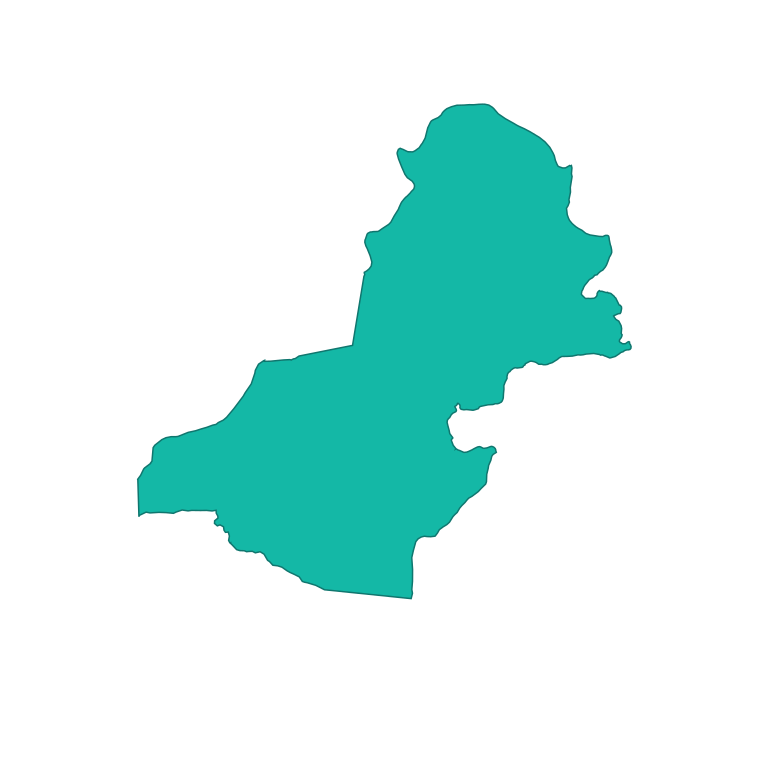 the district of Marigot, Anse-la-Raye, Saint Lucia, rotated 146°
{"feature_id": "8701671B85402755836861", "entity_name": "Marigot", "entity_type": "district", "adm_level": 2, "iso_a3": "LCA", "parent_name": "Saint Lucia", "parent_adm1": "Anse-la-Raye", "projection": "robinson", "projection_center": [-61.025, 13.962], "detail": "fine", "context": "isolated", "style": "filled", "palette": "teal", "viewbox_px": 768, "rotation_deg": 146, "n_neighbors": 0, "source": "geoboundaries", "source_scale": "gbopen_adm2", "svg_char_len": 6159}
<svg xmlns="http://www.w3.org/2000/svg" viewBox="0 0 768 768"><g transform="rotate(146 384 384)"><path d="M469.8,470.4L470.8,470.6L476.9,470.6L483.0,467.3L485.0,465.2L494.0,458.3L503.9,454.4L507.5,452.6L522.3,447.5L533.1,444.4L537.4,443.9L543.0,444.7L545.7,444.4L549.1,445.7L555.2,447.2L560.8,449.0L566.4,450.6L573.4,453.4L584.0,455.7L586.2,456.8L589.8,459.3L594.8,461.4L599.3,462.1L608.3,461.4L611.0,460.3L619.5,449.8L621.8,449.0L621.9,448.7L629.3,448.3L630.8,447.9L636.8,444.4L641.3,442.8L641.6,442.6L641.6,442.3L661.4,411.0L660.4,411.9L652.9,410.8L650.1,408.0L642.3,403.4L636.4,399.1L630.8,394.5L628.0,394.1L621.8,392.4L617.4,388.4L614.0,386.7L606.8,381.7L601.9,378.5L597.5,374.9L593.8,373.2L595.3,370.7L595.6,367.5L596.6,365.7L600.9,365.3L602.5,363.2L601.5,359.6L598.7,358.9L596.9,355.4L598.4,352.2L598.4,349.7L595.9,348.3L597.2,344.4L600.3,341.2L600.6,338.7L600.4,337.8L600.0,337.9L600.2,337.5L598.8,329.1L596.7,326.5L593.1,323.9L591.7,321.8L589.6,320.7L586.7,318.9L585.1,316.0L580.5,314.2L578.6,310.0L579.1,302.9L578.2,300.8L577.5,295.9L573.8,292.7L571.1,289.3L568.8,283.3L567.2,280.2L565.4,277.3L562.1,271.5L562.1,266.0L560.8,264.2L558.7,262.1L553.2,255.3L548.4,246.7L481.5,190.9L477.4,194.6L475.9,198.0L470.7,204.5L464.0,214.3L458.1,224.5L452.7,229.6L445.8,235.5L442.1,236.6L438.6,236.3L435.6,235.2L433.7,233.5L430.7,231.3L427.2,229.5L426.6,229.3L422.9,230.6L419.5,232.3L414.8,232.5L410.6,232.3L407.0,232.8L401.0,235.5L398.5,236.1L395.2,236.6L390.6,238.8L387.4,239.7L383.1,240.5L380.2,241.4L377.7,242.0L373.8,241.7L365.9,242.1L362.2,243.0L355.7,244.2L353.7,245.7L349.3,251.7L344.7,255.9L342.8,258.0L338.1,261.0L335.1,263.8L333.0,264.6L329.1,264.5L328.7,266.0L328.1,267.2L327.9,268.4L328.2,270.0L328.9,271.3L329.9,272.3L331.2,272.7L333.0,273.1L334.5,273.5L337.0,274.7L337.9,275.5L338.7,277.2L339.4,278.2L340.0,278.8L341.7,279.5L345.2,280.0L348.0,280.2L351.6,280.8L353.6,281.3L356.0,282.6L358.5,286.6L359.6,288.0L360.5,290.1L360.9,290.1L360.6,290.3L360.6,290.8L360.9,294.4L359.7,299.6L359.0,300.3L357.5,300.6L357.1,300.8L357.0,301.6L357.1,302.6L357.2,306.2L355.9,309.2L354.3,313.9L353.1,317.0L351.6,318.6L349.8,319.3L348.4,319.4L345.4,320.9L343.2,321.3L340.0,320.9L339.2,321.2L338.8,321.5L338.4,322.3L338.2,323.3L338.1,324.9L337.8,325.8L336.0,325.7L334.5,326.3L333.9,326.8L333.4,326.6L332.9,324.9L332.9,324.3L333.2,323.3L334.3,321.9L334.4,320.6L334.1,319.8L332.3,318.0L329.9,316.7L324.9,312.5L323.4,311.9L319.6,310.8L318.1,311.5L317.3,311.6L316.1,311.3L309.4,308.6L305.2,306.1L303.9,305.7L303.2,305.7L300.8,304.1L299.5,303.7L296.9,303.4L295.6,303.8L294.2,304.7L292.9,305.8L290.4,309.1L287.5,312.6L285.6,315.6L282.4,317.9L278.9,319.8L277.9,321.4L275.7,323.4L273.9,324.0L272.7,323.9L270.9,324.5L268.4,324.6L266.3,324.3L264.7,322.8L260.3,320.6L259.8,320.5L259.2,320.5L258.3,321.0L257.7,321.1L256.4,321.0L255.5,321.8L250.3,321.2L248.9,320.4L246.9,318.3L245.8,316.7L244.7,313.9L243.2,312.8L242.6,312.6L241.0,310.8L239.4,309.7L237.2,308.7L236.2,308.7L232.5,307.6L226.5,307.4L224.0,307.7L221.2,307.4L216.9,304.6L212.2,301.8L206.9,299.7L205.0,298.2L202.6,296.9L199.7,295.8L193.0,292.0L188.8,287.9L188.4,286.9L188.0,286.6L187.2,286.4L186.5,285.7L186.0,285.0L185.5,284.0L184.9,283.4L182.3,279.4L181.5,279.0L176.8,277.5L171.7,277.5L170.1,277.7L167.5,277.0L165.9,277.2L163.6,276.5L162.4,275.7L160.8,275.1L159.4,275.5L158.2,276.9L157.7,278.9L157.8,280.3L157.0,281.4L157.3,282.2L158.3,282.5L161.2,282.4L162.7,283.2L163.9,284.2L164.4,285.6L164.9,286.3L165.0,287.8L164.0,288.9L161.6,289.7L160.3,290.5L159.1,291.6L159.1,293.2L156.0,297.1L154.8,299.8L154.2,304.8L155.6,307.8L155.7,310.0L155.6,312.0L154.8,312.1L154.3,311.9L151.1,311.4L150.4,311.2L148.8,310.4L147.5,311.0L145.4,313.1L144.9,313.6L144.0,315.1L144.1,317.1L144.8,317.7L144.8,318.6L143.8,325.7L144.2,326.8L144.1,327.9L145.3,332.2L146.4,333.5L147.2,334.0L147.3,334.9L148.8,335.7L151.5,339.1L152.8,339.8L153.2,341.0L153.8,341.0L155.5,340.6L157.0,339.6L157.2,339.1L158.2,338.1L159.9,337.6L161.1,337.5L162.0,337.7L165.3,339.6L166.8,340.8L169.1,342.2L169.4,343.2L170.1,346.7L170.2,348.1L168.0,350.4L166.6,351.0L164.3,352.6L162.5,353.5L158.2,354.8L155.9,355.6L154.2,355.7L152.1,355.5L149.9,355.8L148.8,356.4L146.1,355.4L144.6,355.9L142.5,356.2L141.4,356.3L138.8,356.1L135.2,357.2L132.9,358.3L129.4,360.7L125.9,363.3L124.6,363.8L122.6,365.0L121.5,365.9L120.3,367.9L119.0,371.0L118.5,372.9L117.7,374.9L116.4,378.0L115.8,379.0L115.1,380.8L115.2,381.5L115.8,382.4L117.4,383.4L120.2,383.9L123.1,386.1L129.9,392.4L132.5,396.1L133.9,400.7L135.8,404.2L137.1,407.3L138.3,411.8L138.7,416.0L138.3,418.5L137.4,421.9L134.4,427.7L131.9,428.8L128.6,431.1L127.6,433.4L122.1,438.8L119.6,442.8L112.1,450.8L111.1,453.4L107.4,458.0L106.6,460.0L106.9,459.9L107.8,461.3L112.8,461.7L113.8,462.4L115.1,463.2L116.5,465.1L117.2,465.9L117.9,467.3L117.7,469.4L116.9,473.5L115.2,478.0L114.7,480.8L114.2,487.4L115.1,494.6L117.2,501.4L121.7,511.1L124.9,517.1L128.1,522.3L129.3,524.5L130.7,527.5L135.0,536.0L138.2,544.1L139.0,551.1L139.5,553.0L141.1,556.6L143.9,559.5L145.7,560.8L148.9,562.8L153.6,565.4L155.5,566.7L157.0,567.8L161.7,570.5L167.8,574.4L173.2,576.2L177.9,577.1L180.9,576.9L183.6,576.3L186.2,575.0L187.2,574.9L190.1,574.6L196.0,575.6L197.7,575.6L199.2,575.0L204.5,571.9L212.2,565.0L213.6,564.2L217.9,562.0L218.9,561.8L222.7,560.2L227.7,560.0L229.5,560.2L230.6,560.5L234.2,563.1L234.6,563.6L237.3,568.3L237.8,568.8L238.8,570.4L239.8,570.4L240.8,570.5L243.3,568.8L244.0,568.1L244.5,567.1L246.1,562.4L247.9,554.3L249.4,546.1L249.3,542.0L247.2,536.3L247.2,533.1L247.5,532.1L248.1,530.9L249.9,529.2L251.5,528.7L253.7,528.3L255.4,527.7L259.8,526.8L261.3,526.7L263.3,526.3L267.5,525.0L268.9,524.3L273.3,521.6L273.6,521.3L274.8,520.6L281.4,517.7L287.9,514.3L290.8,513.7L298.7,513.8L302.7,513.7L303.8,513.9L307.8,516.4L309.1,516.9L310.4,517.7L313.2,518.0L314.3,517.6L318.2,514.6L319.3,513.9L320.7,512.1L321.8,508.6L322.2,505.5L323.8,498.0L325.9,491.8L328.7,488.9L331.8,487.8L335.2,487.4L337.9,487.6L338.3,487.0L338.7,485.6L339.3,485.1L340.4,484.5L388.5,433.6L438.8,454.7L443.4,454.7L444.6,455.3L446.4,455.7L447.4,455.7L448.5,456.9L454.0,460.2L465.4,466.4L470.5,469.7L469.8,470.4Z" fill="#14b8a6" stroke="#0f766e" stroke-width="1.5"/></g></svg>